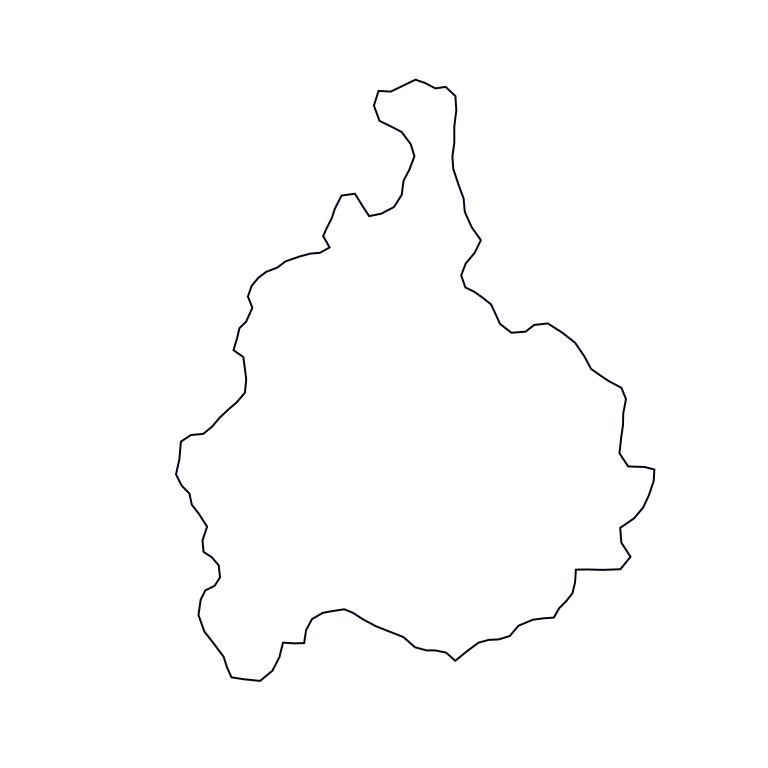 Ouro Verde de Minas, Minas Gerais, Brazil (Natural Earth projection), rotated 345°
{"feature_id": "56859067B63067715141112", "entity_name": "Ouro Verde de Minas", "entity_type": "district", "adm_level": 2, "iso_a3": "BRA", "parent_name": "Brazil", "parent_adm1": "Minas Gerais", "projection": "natural_earth1", "projection_center": [-41.295, -18.032], "detail": "fine", "context": "isolated", "style": "outline", "palette": "ink", "viewbox_px": 768, "rotation_deg": 345, "n_neighbors": 0, "source": "geoboundaries", "source_scale": "gbopen_adm2", "svg_char_len": 2072}
<svg xmlns="http://www.w3.org/2000/svg" viewBox="0 0 768 768"><g transform="rotate(345 384 384)"><path d="M520.4,112.9L510.2,111.8L501.3,103.7L493.2,98.2L481.1,100.5L466.2,103.3L454.6,99.5L446.3,112.5L447.8,128.8L457.5,137.1L466.3,145.2L471.9,159.3L472.3,172.0L464.0,183.5L455.5,192.7L450.1,205.8L439.5,215.6L425.4,218.8L413.1,218.0L409.3,206.5L405.2,192.7L391.7,191.0L381.6,202.4L376.5,210.3L369.5,218.0L363.5,225.4L366.8,238.0L356.1,240.7L346.8,239.0L335.2,239.0L320.4,240.1L311.2,243.9L299.1,245.2L289.9,249.0L281.5,255.0L275.2,264.3L276.6,276.3L266.9,288.2L258.9,292.6L253.9,301.8L247.4,312.4L255.1,321.6L253.7,332.4L252.1,343.9L247.4,356.4L237.1,363.5L227.0,368.4L216.7,373.9L207.2,380.5L196.5,385.4L184.3,383.3L172.9,387.1L166.8,403.9L159.7,417.5L162.3,430.0L167.7,439.4L167.1,450.9L171.5,461.3L176.2,476.0L168.2,488.1L166.2,499.4L172.7,506.6L177.4,516.4L175.6,528.3L168.2,535.1L158.0,537.1L151.1,544.9L145.0,559.2L146.4,576.6L152.9,591.9L158.5,606.0L159.0,617.0L160.8,627.9L172.9,633.2L187.5,638.7L202.0,632.1L212.2,620.9L219.5,607.7L230.1,611.3L239.8,613.6L245.1,601.5L253.7,592.4L265.8,589.2L275.5,590.0L287.3,591.3L294.6,596.8L302.9,606.0L313.4,615.8L325.1,624.5L337.2,633.4L345.9,646.4L356.1,652.3L364.8,654.7L374.5,659.6L381.2,669.8L394.5,663.8L408.4,658.3L419.1,658.3L428.6,660.4L440.3,660.0L451.3,652.3L466.7,650.2L477.9,651.7L487.6,653.6L495.0,646.0L503.8,640.9L511.9,634.9L517.2,625.1L521.3,613.0L532.5,615.8L547.3,620.2L564.4,624.1L577.4,614.7L572.2,598.7L574.9,584.1L590.7,578.5L602.3,570.4L611.1,560.0L619.4,547.5L623.0,536.6L614.4,531.7L598.5,526.8L593.5,511.9L599.6,496.2L604.1,485.8L607.5,474.3L613.8,461.3L612.4,449.2L601.9,439.4L595.4,432.0L587.9,423.0L584.6,408.8L579.2,393.5L569.1,380.1L557.9,367.9L544.4,365.8L534.3,370.1L520.4,367.5L511.6,356.0L509.8,345.0L508.0,334.8L501.3,325.8L495.0,318.2L487.6,311.8L486.7,299.0L494.1,288.8L505.6,280.7L514.8,270.1L509.3,255.4L506.6,238.6L508.9,225.4L507.5,210.1L506.6,193.9L508.9,182.2L514.3,169.3L518.6,153.3L524.6,138.6L527.5,124.4L520.4,112.9Z" fill="none" stroke="#020617" stroke-width="2"/></g></svg>